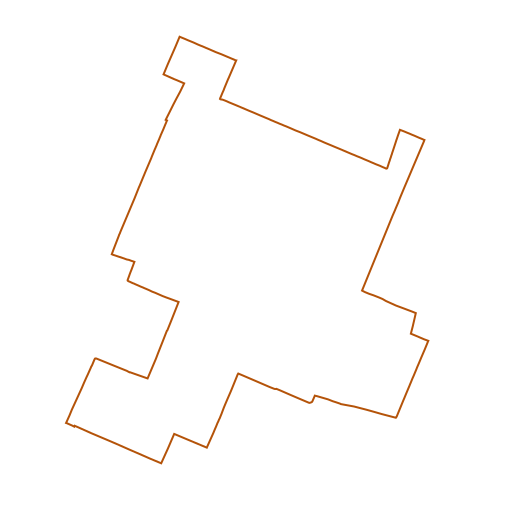 outline of Amarastii De Jos, Dolj, Romania, rotated 184°
{"feature_id": "2599482B30095790947813", "entity_name": "Amarastii De Jos", "entity_type": "district", "adm_level": 2, "iso_a3": "ROU", "parent_name": "Romania", "parent_adm1": "Dolj", "projection": "orthographic", "projection_center": [24.201, 43.928], "detail": "fine", "context": "isolated", "style": "outline", "palette": "amber", "viewbox_px": 512, "rotation_deg": 184, "n_neighbors": 0, "source": "geoboundaries", "source_scale": "gbopen_adm2", "svg_char_len": 4601}
<svg xmlns="http://www.w3.org/2000/svg" viewBox="0 0 512 512"><g transform="rotate(184 256 256)"><path d="M360.9,430.7L350.2,426.8L347.1,425.8L339.7,423.2L343.1,414.7L346.4,407.4L349.0,401.4L352.3,393.4L355.6,385.5L355.0,385.3L354.2,385.0L354.8,383.5L354.9,382.9L355.6,381.0L357.4,375.6L359.5,369.8L359.7,369.0L360.3,367.3L360.7,366.0L362.5,360.9L363.0,359.2L363.6,357.6L363.8,356.9L364.3,355.6L366.3,349.6L366.8,348.1L367.4,346.1L372.5,331.4L373.5,328.3L373.6,328.1L374.2,326.3L377.0,317.9L377.5,316.6L381.1,305.3L393.0,270.5L393.3,269.4L393.5,268.8L394.0,267.7L394.2,266.8L398.6,252.5L400.0,247.7L399.0,247.3L387.3,244.3L386.7,244.1L384.6,243.5L382.9,243.3L382.3,243.2L380.4,242.6L376.9,241.7L379.1,234.2L379.6,232.6L379.9,231.7L380.5,229.7L380.8,228.7L381.2,227.2L382.4,223.0L382.4,222.8L382.3,222.5L382.1,222.3L381.7,222.1L380.8,221.7L380.4,221.6L379.6,221.3L379.1,221.1L378.6,220.9L378.3,220.8L378.0,220.7L377.9,220.6L377.0,220.3L375.6,219.9L374.4,219.4L373.5,219.1L371.5,218.4L369.1,217.5L366.0,216.5L365.6,216.3L362.9,215.4L360.1,214.4L357.4,213.3L356.8,213.1L354.1,212.3L346.3,209.5L344.3,208.9L342.7,208.4L339.5,207.5L330.6,204.9L330.0,204.7L336.1,185.4L339.3,175.5L339.7,175.2L343.2,164.0L347.1,151.7L348.6,146.7L355.6,126.3L373.8,131.3L374.1,131.3L374.2,131.2L374.4,131.3L374.9,131.5L376.8,132.4L390.7,136.9L408.1,142.6L408.4,142.6L408.6,142.5L409.0,142.6L409.3,142.5L409.5,142.4L409.7,142.0L410.1,141.0L410.7,139.2L411.1,138.0L411.8,135.9L412.4,134.5L412.6,134.3L413.0,133.0L415.7,125.6L415.9,125.1L416.1,124.6L416.5,123.6L418.6,117.9L420.6,112.1L422.1,108.1L422.6,106.8L423.6,104.1L429.0,89.8L430.9,84.0L433.2,77.8L433.8,76.2L433.3,76.1L427.5,74.0L425.4,73.1L425.1,74.0L421.7,72.8L408.1,67.8L390.6,61.8L382.0,58.8L368.7,54.0L351.2,47.8L347.6,46.5L336.1,42.6L331.6,54.7L330.5,57.6L325.2,72.8L317.0,70.0L312.9,68.6L291.7,61.4L291.5,62.0L288.5,70.2L286.2,76.5L284.8,80.7L284.0,82.9L282.7,86.9L282.1,88.3L281.5,90.2L280.9,91.5L280.2,93.7L279.5,95.8L278.4,99.5L277.5,102.5L276.3,106.1L274.5,111.3L271.8,118.9L270.6,122.5L266.0,136.6L265.5,137.5L261.1,136.0L247.9,131.4L233.4,126.3L228.3,124.7L227.6,124.7L226.8,124.7L226.4,124.9L222.5,123.6L218.0,122.0L212.1,119.9L202.9,116.7L193.3,113.4L192.6,113.2L191.8,113.4L190.6,113.9L190.0,114.3L189.6,115.0L187.7,120.4L187.6,120.8L185.2,120.4L174.1,118.0L169.4,116.5L166.1,115.7L161.9,114.6L161.1,114.2L147.7,112.7L134.8,110.3L127.5,108.8L119.6,107.1L105.2,104.4L105.0,104.6L104.8,105.3L104.5,105.5L99.0,122.1L98.3,124.1L96.6,129.2L94.9,134.2L93.8,137.4L93.4,138.7L92.8,140.4L91.4,144.7L90.3,147.7L89.2,151.0L88.3,153.6L87.6,155.9L86.3,159.6L85.1,163.1L84.1,166.1L81.2,174.4L79.4,179.8L78.6,182.3L78.2,183.4L82.7,184.7L90.1,187.3L96.1,189.3L95.7,191.5L94.7,196.9L92.6,210.2L96.6,211.5L105.3,214.1L112.8,216.3L123.3,220.2L126.7,221.9L130.1,223.1L136.1,225.0L140.3,226.1L144.8,227.6L147.1,228.6L147.8,228.9L122.5,305.9L120.6,311.2L120.0,313.1L117.9,319.1L116.5,323.7L112.8,334.7L109.3,344.8L105.6,355.6L98.6,375.9L96.4,382.3L96.1,383.5L96.6,383.6L99.0,384.5L101.5,385.3L104.0,386.2L106.5,387.1L109.0,387.9L111.5,388.8L114.0,389.6L116.6,390.5L119.2,391.3L121.2,391.9L121.9,389.3L122.5,387.2L123.4,383.8L123.6,382.9L124.0,381.6L124.6,379.1L125.2,376.7L125.8,374.3L126.4,371.9L127.1,369.2L127.4,368.1L127.5,367.4L128.0,365.7L128.4,363.9L128.9,362.2L129.3,360.4L129.8,358.7L130.2,357.0L130.6,355.3L131.2,353.0L131.5,351.9L131.5,352.0L131.9,352.1L133.6,352.8L135.7,353.5L137.6,354.2L138.6,354.6L140.2,355.1L142.8,355.9L145.3,356.8L147.7,357.6L150.1,358.5L152.5,359.3L154.9,360.1L157.3,361.0L159.7,361.8L162.3,362.6L164.8,363.5L167.4,364.3L170.0,365.2L172.6,366.1L175.2,367.0L177.8,367.9L180.4,368.8L183.1,369.7L185.8,370.6L188.4,371.5L191.1,372.4L193.8,373.3L196.4,374.2L199.1,375.2L201.8,376.1L204.5,377.1L207.2,378.0L209.9,378.9L212.6,379.8L215.2,380.7L217.8,381.6L220.4,382.5L225.3,384.0L230.3,385.8L234.9,387.4L237.2,388.1L239.4,388.9L241.7,389.6L243.9,390.4L246.1,391.1L248.3,391.9L250.5,392.6L252.5,393.4L254.6,394.1L256.7,394.8L258.7,395.5L260.8,396.2L262.8,396.9L264.8,397.6L266.8,398.3L268.8,399.0L272.8,400.3L276.8,401.7L286.4,405.0L293.9,407.5L295.7,408.2L297.8,408.9L300.5,409.7L301.7,409.7L302.5,409.9L302.9,410.2L302.7,410.9L302.6,411.4L302.2,412.4L301.2,415.4L300.7,416.9L299.8,419.3L299.5,420.4L299.3,421.1L296.1,430.7L296.0,430.8L289.4,449.7L289.7,449.7L298.4,452.7L304.5,454.8L310.4,456.6L319.4,459.8L320.2,460.0L320.4,460.1L320.6,460.2L324.6,461.6L324.8,461.6L328.7,462.9L333.2,464.6L338.7,466.4L341.8,467.5L347.5,469.4L350.8,459.6L351.9,456.5L357.4,441.1L360.7,431.3L360.9,430.7Z" fill="none" stroke="#b45309" stroke-width="2"/></g></svg>